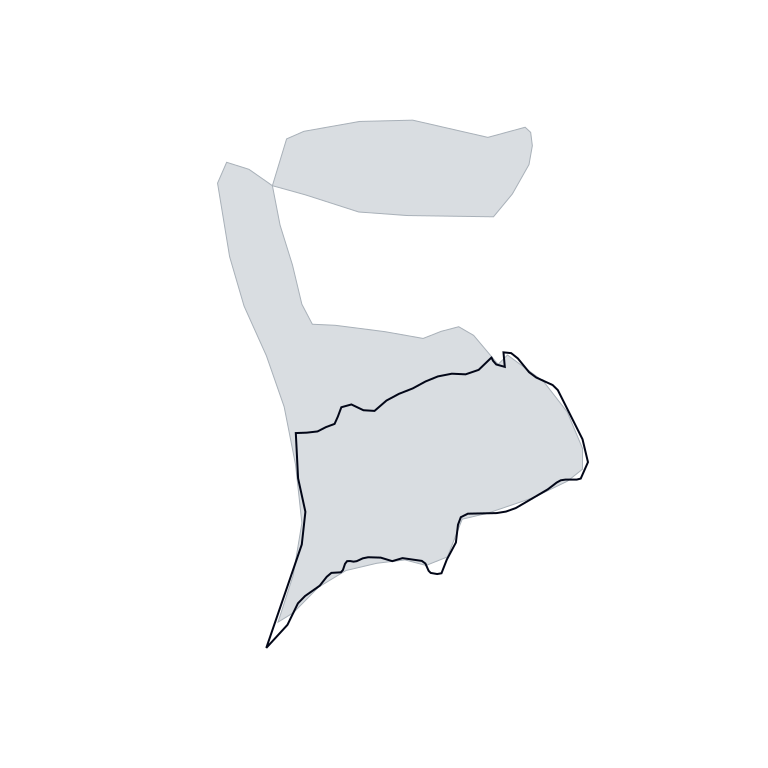 Belait on a map of Brunei (orthographic projection), rotated 287°
{"feature_id": "BRN-1181", "entity_name": "Belait", "entity_type": "District", "adm_level": 1, "iso_a3": "BRN", "parent_name": "Brunei", "parent_adm1": "", "projection": "orthographic", "projection_center": [114.479, 4.349], "detail": "fine", "context": "in_parent", "style": "outline", "palette": "ink", "viewbox_px": 768, "rotation_deg": 287, "n_neighbors": 0, "source": "natural_earth", "source_scale": "10m", "svg_char_len": 1812}
<svg xmlns="http://www.w3.org/2000/svg" viewBox="0 0 768 768"><g transform="rotate(287 384 384)"><path d="M541.0,219.3L505.6,238.1L471.0,261.7L436.3,282.1L420.2,298.0L425.9,320.3L434.3,369.5L439.0,408.1L451.1,423.3L460.6,438.7L456.7,455.5L436.1,487.4L447.8,493.6L433.0,535.9L410.9,567.3L380.3,592.8L360.5,598.7L344.7,587.8L318.9,559.9L290.8,520.9L277.6,498.3L237.2,495.2L222.8,477.3L221.9,455.4L210.5,429.6L194.5,402.1L170.7,380.8L138.8,364.2L125.3,352.3L174.6,353.1L227.1,346.1L281.0,323.0L333.0,295.2L376.6,263.3L417.6,227.4L460.7,199.1L527.4,166.1L550.0,168.7L549.8,192.1L541.0,219.3ZM589.9,219.2L602.2,233.5L627.9,283.8L644.7,334.3L650.2,411.2L670.8,443.9L667.5,450.7L655.2,456.2L636.2,458.5L603.3,451.2L575.9,439.8L551.8,356.6L541.1,309.5L541.9,253.3L541.0,219.3L589.9,219.2Z" fill="#d9dde1" stroke="#a8b0b8" stroke-width="1"/><path d="M253.4,499.1L234.5,495.4L219.8,494.3L217.8,490.4L217.0,483.9L218.4,481.3L224.4,476.1L225.9,471.9L222.9,452.6L217.0,443.7L217.0,431.6L213.7,419.5L211.1,414.7L206.6,409.7L205.2,406.8L204.8,403.4L203.8,400.5L200.7,399.3L194.0,399.1L191.3,397.8L188.0,388.9L182.9,385.6L172.3,381.5L158.2,370.5L149.1,365.8L125.5,362.1L97.2,348.6L206.5,352.3L238.8,346.2L268.7,329.4L311.3,314.0L314.9,324.4L319.2,334.3L325.8,341.1L331.4,348.4L339.3,349.4L349.3,350.0L354.9,358.8L352.9,372.0L355.5,382.8L368.9,391.2L378.9,401.1L388.2,412.8L398.6,423.0L407.0,433.3L413.7,445.9L417.1,459.2L425.2,470.4L439.6,478.4L440.6,478.9L440.7,479.0L438.0,481.6L435.5,485.6L435.7,494.5L449.2,489.0L450.7,496.6L447.6,504.5L437.7,519.3L434.7,527.7L432.3,545.6L429.0,552.0L389.2,590.0L368.9,601.9L351.1,599.8L349.0,596.4L345.7,585.6L343.6,581.2L340.2,577.9L331.1,571.4L303.9,546.3L297.7,538.0L293.5,529.5L284.5,502.1L279.1,496.4L271.1,495.9L253.4,499.1Z" fill="none" stroke="#020617" stroke-width="2"/></g></svg>